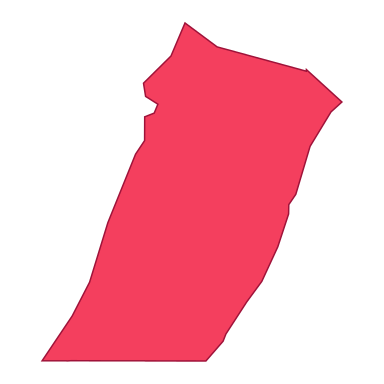 Fulton, Pennsylvania, United States of America (Equal Earth projection)
{"feature_id": "52423323B39078758383131", "entity_name": "Fulton", "entity_type": "district", "adm_level": 2, "iso_a3": "USA", "parent_name": "United States of America", "parent_adm1": "Pennsylvania", "projection": "equal_earth", "projection_center": [-78.158, 39.944], "detail": "fine", "context": "isolated", "style": "filled", "palette": "rose", "viewbox_px": 384, "rotation_deg": 0, "n_neighbors": 0, "source": "geoboundaries", "source_scale": "gbopen_adm2", "svg_char_len": 584}
<svg xmlns="http://www.w3.org/2000/svg" viewBox="0 0 384 384"><path d="M64.0,360.8L65.3,360.8L65.9,360.8L67.3,360.9L71.0,360.7L106.9,360.8L122.0,360.8L123.6,360.8L144.5,360.8L145.4,360.9L205.9,361.0L223.1,341.2L225.9,334.0L246.8,301.8L261.8,281.4L277.8,246.8L288.6,214.0L288.8,204.6L295.8,194.3L310.1,146.3L331.0,111.9L341.9,102.0L306.4,69.6L306.3,71.2L217.1,46.9L185.0,23.0L171.0,56.0L143.5,83.2L145.6,96.4L157.9,104.2L154.2,113.1L144.7,116.8L144.6,140.6L135.6,154.1L107.9,222.6L89.6,282.2L72.2,316.0L42.1,360.8L64.0,360.8Z" fill="#f43f5e" stroke="#9f1239" stroke-width="1.5"/></svg>